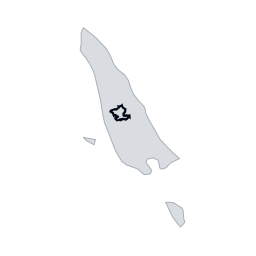 location of Laclubar, Manatuto, East Timor, rotated 260°
{"feature_id": "22284137B50587397066696", "entity_name": "Laclubar", "entity_type": "district", "adm_level": 2, "iso_a3": "TLS", "parent_name": "East Timor", "parent_adm1": "Manatuto", "projection": "albers", "projection_center": [125.895, -8.747], "detail": "fine", "context": "in_parent", "style": "outline", "palette": "ink", "viewbox_px": 256, "rotation_deg": 260, "n_neighbors": 0, "source": "geoboundaries", "source_scale": "gbopen_adm2", "svg_char_len": 4564}
<svg xmlns="http://www.w3.org/2000/svg" viewBox="0 0 256 256"><g transform="rotate(260 128 128)"><path d="M88.9,173.4L86.6,164.8L84.3,161.1L82.4,159.0L81.7,156.4L81.8,153.7L83.0,152.4L91.0,152.1L94.2,147.6L94.1,142.3L92.5,140.5L90.9,139.8L82.7,143.8L80.3,143.1L78.9,141.6L79.3,135.8L86.1,130.2L91.9,120.2L96.0,116.2L105.4,112.5L109.3,111.4L136.9,105.9L143.5,105.5L161.0,105.7L184.4,104.5L190.2,103.8L197.7,101.4L205.0,98.4L208.8,96.1L212.9,94.4L218.9,96.5L229.1,98.2L231.8,99.6L234.4,101.6L222.5,112.1L209.4,120.7L201.4,123.4L193.1,125.1L186.8,128.5L181.4,133.7L174.6,136.7L166.9,137.7L160.4,139.3L154.4,142.4L146.1,147.7L142.8,148.2L139.2,148.1L132.4,150.1L111.0,157.7L98.2,166.2L88.9,173.4ZM21.6,162.3L32.1,156.6L48.2,152.2L47.8,155.4L46.2,160.4L43.7,162.8L40.1,167.0L37.7,168.0L28.0,167.1L26.8,167.7L25.2,167.3L22.7,164.6L21.6,162.3ZM126.5,82.6L122.2,94.0L117.4,91.6L122.5,85.2L124.9,83.3L126.5,82.6Z" fill="#d9dde1" stroke="#a8b0b8" stroke-width="1"/><path d="M149.1,121.3L149.1,121.2L148.9,121.0L148.9,120.9L148.9,120.7L148.7,120.5L148.6,120.4L148.5,120.0L148.5,119.9L148.2,119.8L148.2,119.6L148.4,119.5L148.5,119.3L148.4,119.3L148.3,119.2L148.6,118.9L148.7,118.7L148.8,118.7L148.9,118.4L148.7,117.9L148.5,117.7L148.5,117.4L148.6,117.1L148.5,115.9L148.3,115.6L148.2,115.4L148.2,115.2L148.2,114.9L148.3,114.7L148.2,114.2L147.6,113.8L147.6,114.0L147.3,114.2L147.1,114.2L147.0,114.3L147.0,114.2L146.9,114.2L146.8,114.3L146.7,114.3L146.7,114.5L146.6,114.8L146.2,115.0L146.2,114.9L145.8,115.0L145.7,115.2L145.6,115.3L145.4,115.4L145.4,115.8L145.0,115.8L144.9,115.7L144.7,115.7L144.3,115.9L144.2,115.9L144.0,116.0L143.9,115.9L143.6,115.9L143.5,116.0L143.4,116.2L143.2,116.2L143.3,116.3L143.2,116.4L143.3,116.4L143.3,116.5L143.4,116.8L143.2,117.0L143.0,117.3L143.0,117.6L142.9,117.6L142.9,117.8L143.0,118.0L142.9,118.1L142.7,118.0L142.4,118.3L142.2,118.3L142.1,118.5L141.8,118.6L141.7,118.8L141.8,119.0L141.6,119.1L141.4,119.3L141.3,119.5L141.2,119.6L141.0,119.8L141.0,120.1L140.9,120.2L140.7,120.1L140.6,119.9L140.3,119.7L140.2,119.6L140.2,119.4L140.3,119.4L140.3,119.2L140.5,119.1L140.4,118.8L140.3,118.7L140.3,118.4L140.5,118.2L140.4,118.1L140.5,118.1L140.6,117.8L140.6,117.7L140.4,117.6L140.2,117.6L140.0,117.3L139.9,117.1L139.7,117.2L139.4,117.1L139.1,117.3L139.0,117.5L138.8,117.6L137.9,118.1L137.7,118.2L137.5,118.3L137.5,118.9L137.5,119.2L137.4,119.6L137.4,120.0L137.4,120.3L137.3,120.5L137.5,121.1L137.6,121.4L137.7,121.5L137.8,121.6L137.6,121.7L137.5,121.8L137.4,121.8L137.2,122.0L137.1,122.3L136.9,122.4L137.0,122.6L137.1,122.9L137.1,123.1L137.3,123.2L137.5,123.2L137.7,122.9L137.8,122.9L137.9,123.0L138.0,123.2L138.0,123.5L137.7,123.9L137.7,124.1L137.6,124.5L137.5,124.8L137.9,124.9L137.8,125.2L137.8,125.3L137.7,125.4L137.6,125.5L137.2,126.2L137.2,126.3L137.2,126.6L136.9,126.8L136.8,127.0L136.6,127.1L136.6,127.3L136.8,127.5L136.9,127.8L137.0,127.9L137.2,128.0L137.0,128.3L137.1,128.5L137.3,128.8L137.5,129.1L137.7,129.4L137.7,129.5L137.8,129.6L138.0,129.7L138.1,129.8L138.2,130.1L138.3,130.1L138.5,130.2L138.5,130.4L138.6,130.6L138.5,130.8L138.5,131.0L138.5,131.3L138.4,131.4L138.5,131.4L138.5,131.5L138.8,131.6L139.1,131.6L139.1,131.4L139.3,131.4L139.5,131.5L140.3,131.6L140.3,131.4L140.1,131.0L140.0,130.9L139.9,130.8L140.0,130.7L139.9,130.3L140.0,130.3L140.0,130.2L139.9,130.1L139.8,129.9L140.0,129.9L140.2,129.7L140.3,129.6L140.5,129.4L140.8,129.0L140.9,128.9L140.8,128.7L140.8,128.3L140.8,128.1L140.7,127.9L140.2,127.7L140.3,127.5L140.3,127.4L140.8,127.0L140.8,126.8L140.7,126.7L140.8,126.6L140.9,126.4L140.9,126.2L140.9,125.9L141.0,125.9L141.2,126.0L141.3,125.9L141.6,125.8L142.0,125.7L142.3,125.8L142.5,126.0L142.8,126.1L143.0,126.1L143.0,126.3L143.0,126.5L143.3,126.6L143.5,126.7L143.6,126.8L143.6,127.0L143.9,127.3L144.0,127.3L144.0,127.2L144.1,127.3L144.1,127.5L144.4,127.6L144.4,127.8L144.5,127.8L144.6,128.0L144.9,128.1L145.2,128.3L145.6,128.4L145.7,128.5L145.8,128.5L146.0,128.4L146.0,128.5L146.3,128.5L146.4,128.4L146.6,128.4L146.9,128.5L147.1,128.4L147.2,128.5L147.4,128.1L147.6,128.0L147.7,127.9L147.8,127.9L148.0,127.7L148.2,127.4L148.3,127.2L148.5,126.9L149.5,126.3L149.6,126.2L149.8,126.1L150.1,126.2L150.3,126.2L150.6,126.0L150.8,126.0L150.9,125.9L151.1,125.9L150.9,125.7L151.0,125.6L150.8,125.5L150.9,125.3L150.9,125.2L150.9,124.8L150.9,124.6L151.0,124.2L150.7,123.8L150.6,123.7L150.6,123.4L150.7,123.2L150.7,122.9L150.8,122.8L150.8,122.7L150.9,122.4L150.6,122.5L150.4,122.6L150.2,122.7L149.9,122.7L149.7,122.6L149.6,122.4L149.5,122.2L149.4,121.9L149.1,121.6L149.1,121.3Z" fill="none" stroke="#020617" stroke-width="2"/></g></svg>